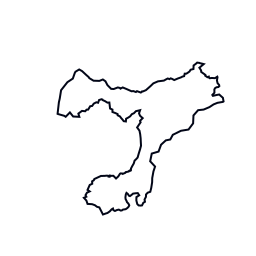 outline of Praitori, Paphos, Cyprus, rotated 24°
{"feature_id": "46923920B29566977103124", "entity_name": "Praitori", "entity_type": "district", "adm_level": 2, "iso_a3": "CYP", "parent_name": "Cyprus", "parent_adm1": "Paphos", "projection": "robinson", "projection_center": [32.742, 34.839], "detail": "fine", "context": "isolated", "style": "outline", "palette": "ink", "viewbox_px": 256, "rotation_deg": 24, "n_neighbors": 0, "source": "geoboundaries", "source_scale": "gbopen_adm2", "svg_char_len": 3238}
<svg xmlns="http://www.w3.org/2000/svg" viewBox="0 0 256 256"><g transform="rotate(24 128 128)"><path d="M164.6,40.1L163.9,41.7L162.5,44.2L163.8,47.5L161.5,49.3L161.2,51.4L159.9,53.6L159.2,54.6L157.7,55.3L158.2,57.8L156.8,58.9L156.0,60.0L155.0,61.0L153.5,62.4L151.1,65.0L150.7,65.4L148.4,65.2L146.8,65.3L146.0,66.5L144.2,66.6L143.2,67.8L141.5,70.1L136.4,73.2L133.0,76.9L131.5,80.6L129.0,86.1L126.5,88.8L126.0,88.8L125.3,90.4L121.2,90.7L120.6,91.9L117.9,92.1L116.3,93.0L112.4,93.0L110.7,93.0L106.7,93.1L105.1,95.1L104.4,94.7L102.2,95.1L99.1,98.2L96.7,99.1L91.8,97.2L88.4,94.5L85.3,93.9L82.7,96.6L77.3,98.8L72.4,98.2L71.4,97.5L68.5,96.6L62.9,94.7L59.6,94.4L57.3,97.7L57.2,97.4L57.0,99.3L57.5,105.3L54.0,110.8L51.5,120.7L53.7,129.0L54.4,132.6L57.9,143.7L58.4,143.7L64.8,142.8L66.5,143.1L68.6,137.4L73.2,139.8L79.0,137.6L76.8,135.0L79.0,131.1L82.1,130.1L82.7,128.1L84.1,127.4L84.6,123.5L86.3,122.4L86.8,119.7L88.6,117.4L90.4,117.1L90.2,114.2L90.9,113.6L92.1,112.5L93.1,112.4L93.5,112.8L96.0,112.8L98.9,113.2L100.6,112.3L103.7,117.5L106.3,117.5L107.3,119.7L110.3,119.5L112.8,119.5L113.4,120.6L116.0,120.7L117.5,121.6L119.5,122.5L121.3,123.5L123.4,122.9L122.5,120.3L123.9,118.5L125.2,116.5L125.9,113.8L127.4,112.1L128.4,109.4L131.8,106.8L132.1,110.1L134.0,111.9L137.4,113.0L136.1,116.6L137.2,117.7L136.1,123.8L139.6,125.8L141.7,128.8L143.7,132.2L145.4,135.6L147.1,138.9L147.7,142.6L148.2,146.9L148.8,151.1L148.0,153.5L147.3,155.1L147.7,158.1L147.4,160.7L147.2,163.8L147.9,165.6L147.3,166.3L146.8,166.2L146.3,167.0L146.3,167.5L143.8,169.3L143.8,170.0L141.9,172.0L141.6,171.8L139.7,172.5L139.3,173.0L138.8,176.2L137.6,179.0L134.1,177.6L132.4,178.4L131.7,178.8L130.9,178.7L130.8,179.3L131.0,180.0L130.0,180.3L129.7,179.6L127.9,180.2L126.2,181.2L122.8,182.8L118.0,188.3L118.0,189.7L116.9,191.3L118.0,193.5L116.2,195.6L116.2,201.0L118.8,201.5L116.8,203.8L116.5,206.6L117.9,207.7L116.8,208.9L116.1,209.7L119.5,211.2L121.9,213.8L126.2,212.2L129.2,212.0L131.7,212.6L134.1,212.2L140.3,217.2L142.4,215.2L143.8,214.0L145.3,211.5L146.1,209.0L147.0,207.7L148.1,209.0L149.8,209.1L151.3,207.4L152.8,206.3L154.9,206.4L155.9,205.8L156.6,204.6L158.9,203.1L160.0,201.3L160.5,199.8L160.6,199.4L160.6,198.1L159.1,196.9L157.2,196.1L156.1,195.0L154.7,193.9L153.8,192.3L153.0,189.5L153.0,187.9L154.6,188.3L156.5,189.5L157.5,189.4L158.4,187.8L159.3,185.9L161.4,184.6L163.4,183.5L165.6,184.9L163.8,187.7L165.1,190.8L167.4,193.7L169.2,194.4L171.2,193.7L172.3,193.0L172.4,190.1L173.5,188.5L172.2,186.6L172.4,183.6L171.5,181.4L172.3,179.1L174.3,177.2L173.6,173.3L172.1,167.7L170.5,163.9L168.9,157.3L168.4,152.2L161.8,149.4L160.1,141.7L165.5,137.1L165.0,129.8L167.6,123.9L171.3,121.3L171.7,116.0L177.5,109.0L183.9,104.8L185.6,97.3L182.7,89.9L184.8,83.2L189.6,80.4L193.9,75.8L196.6,71.6L199.5,68.6L204.0,65.6L204.4,65.1L204.5,64.9L202.4,61.8L199.8,61.0L197.7,60.3L195.8,61.6L192.5,64.1L191.6,63.5L192.6,60.6L191.2,57.6L191.4,56.0L192.3,54.8L193.9,53.8L194.4,52.6L193.7,51.6L191.6,50.6L189.9,48.4L189.1,45.2L188.7,44.8L187.2,47.1L184.2,48.2L182.4,49.3L181.6,49.1L180.9,48.2L179.9,49.3L177.3,48.8L177.2,48.1L176.6,47.9L172.1,47.0L171.3,45.6L168.7,43.9L171.2,38.8L169.4,39.1L167.5,39.5L166.7,39.5L165.1,40.0L164.6,40.1Z" fill="none" stroke="#020617" stroke-width="2"/></g></svg>